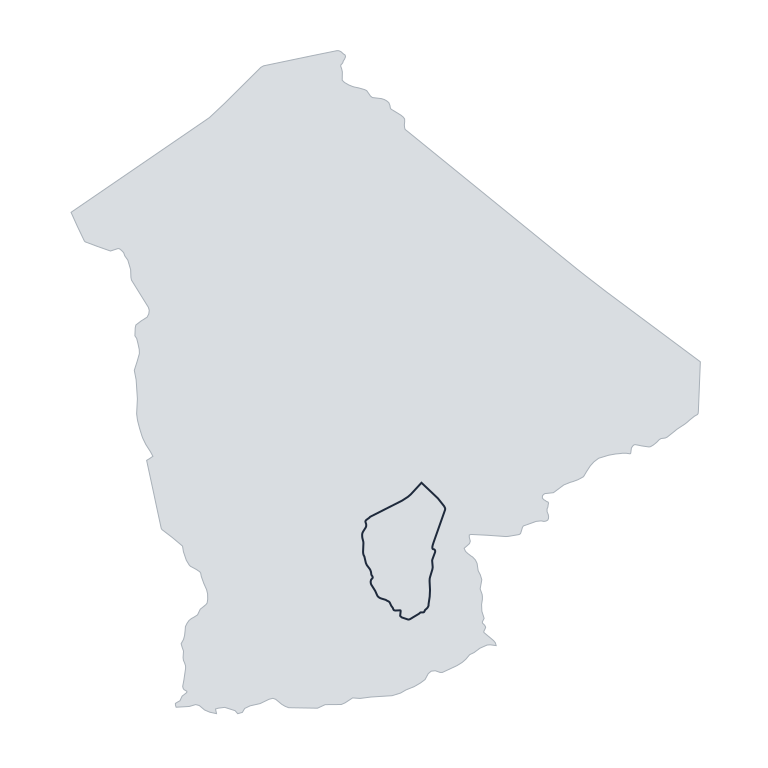 El Bayadh on a map of Algeria (Natural Earth projection), rotated 181°
{"feature_id": "DZA-2190", "entity_name": "El Bayadh", "entity_type": "Province", "adm_level": 1, "iso_a3": "DZA", "parent_name": "Algeria", "parent_adm1": "", "projection": "natural_earth1", "projection_center": [1.021, 32.573], "detail": "fine", "context": "in_parent", "style": "outline", "palette": "slate", "viewbox_px": 768, "rotation_deg": 181, "n_neighbors": 0, "source": "natural_earth", "source_scale": "10m", "svg_char_len": 5311}
<svg xmlns="http://www.w3.org/2000/svg" viewBox="0 0 768 768"><g transform="rotate(181 384 384)"><path d="M586.2,57.2L586.9,59.2L587.0,61.0L584.3,62.7L582.5,63.7L580.4,68.4L576.4,71.6L575.7,72.5L575.8,73.4L578.6,74.9L579.5,76.2L580.0,78.1L578.9,84.6L577.4,96.3L577.5,98.8L578.6,101.9L579.7,104.2L580.1,106.9L579.8,113.5L581.2,117.2L582.3,120.8L580.0,125.1L579.0,129.0L578.5,134.5L578.3,138.0L576.8,141.2L574.8,144.2L572.5,146.1L569.7,147.7L566.4,149.9L563.8,155.6L558.1,160.4L557.0,162.0L556.5,165.8L556.7,171.1L557.8,175.3L560.7,181.5L563.3,188.4L564.0,191.8L565.0,193.1L568.4,195.3L574.4,198.4L575.6,199.6L578.6,204.4L581.6,212.8L582.6,218.4L593.2,227.0L603.4,234.5L604.2,235.7L610.2,261.4L612.3,270.6L620.0,303.5L617.1,305.3L613.8,307.7L616.3,312.2L621.1,319.4L624.1,325.3L625.1,327.8L627.5,335.1L629.5,342.2L630.0,344.5L630.8,349.9L630.3,364.9L631.9,383.9L633.9,393.3L631.3,401.9L629.1,410.1L629.3,414.2L630.8,420.6L632.1,425.3L633.9,427.8L633.7,435.8L633.1,438.7L627.8,442.9L622.0,446.7L620.4,450.0L620.0,453.6L620.9,456.5L638.3,483.5L638.9,486.2L639.3,493.9L642.3,503.4L645.4,507.6L646.6,510.8L648.8,513.0L650.9,514.6L652.3,514.8L659.8,512.2L672.8,516.5L685.2,520.9L686.1,521.8L693.4,536.4L699.9,550.2L563.2,647.3L548.1,662.0L512.7,698.4L510.0,700.0L462.9,710.7L438.5,716.1L437.3,716.4L435.9,716.5L434.9,716.4L432.8,715.5L430.3,713.3L428.6,712.2L428.2,710.5L429.1,708.2L430.4,706.1L430.8,704.5L431.7,703.3L432.7,702.3L432.8,700.9L431.9,698.6L431.1,695.4L431.1,689.6L431.1,687.0L428.8,684.8L424.5,682.4L420.6,680.9L418.8,680.4L414.5,679.6L408.5,678.0L406.4,677.0L402.5,671.6L400.6,670.2L391.6,669.3L388.6,668.4L386.2,667.1L384.1,665.4L382.9,662.5L382.5,660.1L381.7,658.9L371.8,653.1L369.3,651.1L368.0,649.3L367.9,646.6L368.2,643.3L367.8,640.3L367.3,638.9L193.8,502.9L184.6,495.9L163.5,480.2L68.1,411.7L69.2,362.6L69.4,360.1L70.0,359.0L73.1,357.2L78.0,353.1L79.9,351.3L82.2,349.4L90.4,343.8L92.1,342.3L100.0,335.8L101.9,334.9L106.1,334.3L107.9,333.1L110.3,330.5L113.8,327.6L116.1,326.2L116.7,325.9L118.1,325.7L125.3,326.6L128.3,327.2L132.0,327.8L133.1,327.4L134.1,326.5L135.5,324.4L135.8,322.0L136.0,319.9L136.2,318.9L136.8,318.5L138.4,318.7L140.5,319.0L144.8,318.9L146.3,318.6L151.2,318.1L158.2,316.7L168.1,313.5L172.8,309.8L176.3,305.8L180.0,299.9L182.9,294.8L188.6,291.6L193.5,289.7L196.2,288.9L202.5,286.2L212.7,278.3L221.3,277.2L222.3,276.5L223.6,275.1L223.7,272.7L222.2,271.1L220.5,270.2L219.3,269.2L218.1,269.0L217.4,267.9L217.8,265.8L218.0,263.8L218.8,261.9L218.7,259.1L217.5,256.3L217.1,254.3L217.2,252.4L217.9,250.8L219.6,249.8L221.7,249.4L224.5,249.9L229.5,249.3L242.2,244.5L243.1,243.0L244.0,239.7L244.9,236.8L246.2,235.9L247.0,235.7L257.2,233.8L259.4,233.6L278.4,234.6L294.6,235.1L296.1,234.5L296.1,232.4L295.0,228.4L295.7,226.0L298.1,223.7L301.0,221.2L299.6,218.1L297.3,216.0L294.1,213.6L292.4,212.6L289.5,209.6L287.8,206.2L286.6,199.0L284.4,194.9L282.8,190.0L284.3,180.8L282.2,175.3L281.9,173.0L281.9,170.1L282.6,165.3L282.2,158.5L279.8,151.4L281.0,149.0L281.5,147.8L281.4,146.7L279.1,144.5L278.1,142.6L278.7,140.9L279.9,138.4L279.8,137.3L276.1,134.3L269.9,129.3L268.1,127.1L267.3,124.4L273.3,125.1L276.4,124.8L283.5,121.5L289.2,117.1L293.6,114.9L297.5,110.1L301.0,107.0L306.1,103.7L320.7,96.6L322.9,96.6L327.7,98.2L331.8,97.7L334.7,95.2L337.8,89.2L342.5,85.6L348.5,82.0L356.7,78.5L362.0,75.3L370.5,72.5L391.6,70.8L402.5,69.2L409.9,69.6L417.4,64.5L421.1,62.8L437.2,62.4L444.8,58.7L473.7,58.7L477.2,60.0L480.7,62.0L486.7,66.8L489.6,67.8L493.4,66.8L502.3,62.3L512.2,59.9L517.6,57.2L519.9,53.2L524.5,51.8L527.2,54.8L537.6,57.9L544.0,57.0L546.8,56.1L545.7,51.5L552.4,52.8L557.6,54.9L563.1,59.3L566.7,60.2L573.0,58.2L586.2,57.2Z" fill="#d9dde1" stroke="#a8b0b8" stroke-width="1"/><path d="M343.2,156.3L343.6,156.2L344.8,155.1L345.0,154.9L351.6,150.8L351.7,150.7L353.8,149.4L354.8,149.0L355.7,148.9L362.1,150.9L363.3,151.9L363.8,152.5L363.4,156.9L363.4,157.5L363.6,157.9L364.0,158.0L368.6,157.7L369.8,157.9L370.3,158.2L370.7,158.8L371.3,160.3L372.9,162.4L374.5,165.7L375.1,166.3L375.6,166.7L377.2,167.4L378.5,168.2L383.1,169.5L384.6,170.1L385.5,170.7L386.0,171.1L386.6,171.7L387.1,172.5L389.2,177.0L393.3,183.3L393.7,184.5L393.9,186.1L393.7,187.2L393.4,188.2L392.2,189.6L392.0,189.9L391.9,190.4L392.0,190.9L392.3,191.6L392.9,192.4L393.2,192.9L393.4,193.5L393.7,195.8L394.0,196.6L394.4,197.7L395.1,198.9L398.0,202.6L399.0,204.7L400.6,211.1L401.5,212.8L401.8,214.0L402.0,215.7L401.8,224.5L401.9,225.8L402.9,229.5L403.1,230.7L403.2,232.1L403.2,233.5L402.9,234.8L402.3,236.1L399.8,240.2L399.4,241.2L399.3,242.5L399.4,243.6L400.0,245.3L400.2,246.1L400.1,246.7L399.6,247.5L398.9,248.1L396.4,250.0L395.5,251.0L363.9,267.7L358.1,271.6L355.3,274.1L344.8,285.9L328.1,270.6L321.7,262.8L320.7,260.8L320.7,259.4L331.7,226.4L332.5,223.7L332.8,222.1L332.8,221.5L332.8,221.0L332.7,220.5L332.6,220.2L332.2,219.8L331.8,219.7L331.3,219.6L330.9,219.5L330.4,219.1L330.0,218.4L329.9,217.6L330.0,216.7L332.5,209.6L332.7,208.8L332.8,208.3L332.1,201.7L332.2,200.9L332.4,199.5L333.0,197.4L334.6,191.7L334.9,190.3L335.0,187.9L334.4,178.8L334.6,172.2L335.6,164.7L335.6,163.2L336.0,162.2L336.3,161.6L336.6,161.1L337.4,160.2L338.5,159.2L339.0,158.7L339.2,158.4L339.2,158.2L339.4,157.9L339.6,157.3L339.9,156.9L340.1,156.6L340.4,156.5L340.9,156.3L341.5,156.3L343.2,156.3Z" fill="none" stroke="#1e293b" stroke-width="2"/></g></svg>